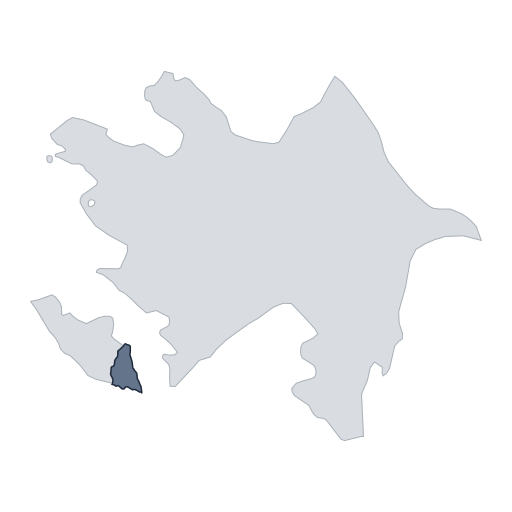 location of Ordubad District, Ordubad, Azerbaijan
{"feature_id": "54616110B24607032839399", "entity_name": "Ordubad District", "entity_type": "district", "adm_level": 2, "iso_a3": "AZE", "parent_name": "Azerbaijan", "parent_adm1": "Ordubad", "projection": "equal_earth", "projection_center": [45.94, 39.075], "detail": "fine", "context": "in_parent", "style": "filled", "palette": "slate", "viewbox_px": 512, "rotation_deg": 0, "n_neighbors": 0, "source": "geoboundaries", "source_scale": "gbopen_adm2", "svg_char_len": 4145}
<svg xmlns="http://www.w3.org/2000/svg" viewBox="0 0 512 512"><path d="M363.5,436.6L361.2,436.5L344.6,440.6L341.1,439.3L326.6,420.5L323.7,418.4L317.5,417.6L313.9,414.5L310.9,409.5L309.2,405.7L294.4,395.6L292.2,391.9L291.8,388.6L294.0,385.7L296.4,383.2L303.6,380.7L311.9,378.5L314.6,376.9L316.0,374.2L315.8,369.9L314.4,365.7L302.3,358.0L300.9,354.6L300.5,350.5L301.2,346.3L303.0,343.0L312.8,338.4L318.0,333.7L314.6,328.5L303.9,316.6L291.3,303.5L282.9,303.3L273.3,307.2L258.0,318.4L249.5,323.2L238.4,331.1L226.3,339.9L216.4,349.3L210.2,357.0L199.2,360.4L193.6,366.9L175.2,386.5L170.0,386.2L169.6,376.5L169.9,368.8L168.7,364.4L162.7,358.4L162.6,355.8L164.2,354.1L168.8,355.1L174.7,354.8L177.5,352.4L171.2,344.4L165.5,339.1L160.8,335.5L159.7,333.4L159.7,331.8L160.7,330.0L168.8,325.6L169.6,321.6L169.0,317.1L156.1,310.5L146.5,313.0L137.8,305.5L132.2,299.8L125.3,293.6L119.1,290.3L113.2,282.6L102.9,274.6L96.3,272.3L96.4,271.1L97.6,269.7L100.3,268.5L118.7,268.8L120.9,267.3L122.1,263.9L124.6,258.9L127.5,251.5L127.3,245.2L108.9,235.2L95.5,225.9L86.3,213.7L80.1,202.6L80.3,198.9L82.1,195.3L96.4,185.1L97.4,182.4L97.1,180.6L92.0,175.4L85.6,170.0L83.6,166.1L79.6,164.0L71.9,163.9L58.6,157.3L55.7,156.6L55.1,155.3L55.8,154.0L65.3,151.3L65.2,149.1L62.3,146.2L56.9,144.1L52.0,138.8L50.3,134.1L67.6,120.2L72.7,117.5L84.0,120.0L107.4,129.2L105.8,134.3L108.2,137.1L113.5,141.0L123.9,145.0L132.6,147.0L137.0,145.3L143.7,143.8L152.5,148.4L160.6,154.1L164.6,156.5L166.7,157.2L172.9,155.3L180.2,147.8L183.0,138.8L183.8,134.5L179.5,128.5L170.7,122.1L160.8,116.4L154.5,111.4L150.4,101.5L146.3,100.4L145.3,99.2L144.6,95.8L144.8,91.1L146.2,87.5L150.1,85.9L154.2,85.4L157.8,81.9L162.4,75.2L164.3,71.4L172.9,73.6L174.1,79.6L175.6,80.9L179.1,80.2L185.1,77.6L189.8,79.6L195.9,86.8L204.3,94.4L208.9,99.5L210.7,103.1L215.0,106.5L221.3,110.5L226.3,116.8L230.9,131.5L235.4,135.0L251.7,140.5L257.4,141.7L273.3,143.7L278.9,142.3L287.0,129.6L294.2,116.5L301.1,113.8L313.4,107.5L320.8,101.6L323.9,95.1L330.7,83.0L334.9,76.3L342.3,82.3L355.3,98.7L373.8,125.4L378.3,132.9L381.4,141.7L384.1,152.4L388.4,161.8L407.2,185.6L415.3,194.4L428.6,205.8L433.2,208.3L439.3,209.0L450.5,209.1L460.9,213.5L466.0,216.6L471.4,221.2L476.2,226.4L481.3,240.4L463.3,235.8L445.2,236.5L435.1,239.5L425.3,243.6L415.9,249.4L410.2,260.7L405.6,286.9L398.7,311.5L399.1,322.9L402.5,333.8L402.2,339.0L398.9,341.2L394.7,345.9L389.5,368.5L386.7,373.0L383.2,375.8L382.1,373.2L382.3,367.2L374.3,362.0L370.2,367.9L367.4,380.3L361.8,393.5L361.6,396.0L363.5,436.6ZM94.2,204.9L95.0,201.4L92.7,199.9L90.4,199.8L88.3,201.5L88.3,205.9L91.1,206.7L94.2,204.9ZM34.6,307.0L31.9,303.4L30.7,301.4L38.7,299.7L52.0,294.8L55.6,297.2L59.5,302.1L61.4,306.4L61.7,314.2L63.3,315.5L69.8,312.9L72.7,316.0L77.6,319.8L86.3,323.6L98.7,317.7L104.9,316.2L110.0,316.3L112.7,318.2L113.7,324.3L112.7,331.8L111.3,335.9L113.9,338.9L124.1,346.2L128.3,350.3L126.3,357.3L133.9,374.4L136.4,381.1L139.5,389.3L123.8,386.1L95.7,379.2L88.0,375.6L80.7,366.0L76.3,361.4L69.9,355.5L64.6,353.3L60.6,349.1L58.4,343.0L55.1,337.6L49.3,331.1L36.3,309.3L34.6,307.0ZM52.0,161.7L50.2,162.9L47.6,161.7L46.8,159.0L47.0,156.2L49.6,155.6L51.8,156.4L52.4,158.9L52.0,161.7Z" fill="#d9dde1" stroke="#a8b0b8" stroke-width="1"/><path d="M112.3,384.3L112.2,384.4L114.6,385.1L115.8,386.2L118.2,385.6L119.3,386.4L120.6,387.6L121.6,388.5L122.2,389.0L124.1,388.9L125.5,386.9L127.1,386.8L128.6,387.4L130.6,388.7L132.5,389.8L134.3,389.4L136.8,390.3L139.4,392.0L140.5,391.9L140.7,392.0L141.7,392.8L141.8,392.6L141.7,392.1L141.7,391.6L141.1,387.5L141.1,386.7L139.7,383.8L138.6,380.9L137.3,378.6L137.1,376.4L137.0,374.4L136.4,372.6L134.7,370.7L133.9,369.1L132.8,368.2L132.5,364.9L132.0,361.5L130.6,356.9L129.9,354.8L130.1,353.2L130.3,350.8L130.3,349.5L130.3,348.0L130.3,346.2L129.0,345.1L127.1,344.7L125.6,343.8L124.6,344.2L123.3,346.2L121.6,347.6L120.8,348.6L119.4,349.7L117.8,351.2L117.8,352.4L117.8,354.6L117.5,356.8L116.2,358.1L114.9,360.2L114.5,362.7L114.5,364.6L113.3,366.2L111.6,366.9L111.1,367.9L111.1,369.9L110.9,371.5L110.8,372.7L110.5,374.0L111.4,376.2L112.5,378.3L112.9,379.4L112.9,381.1L112.5,382.8L112.3,384.3Z" fill="#64748b" stroke="#1e293b" stroke-width="1.5"/></svg>